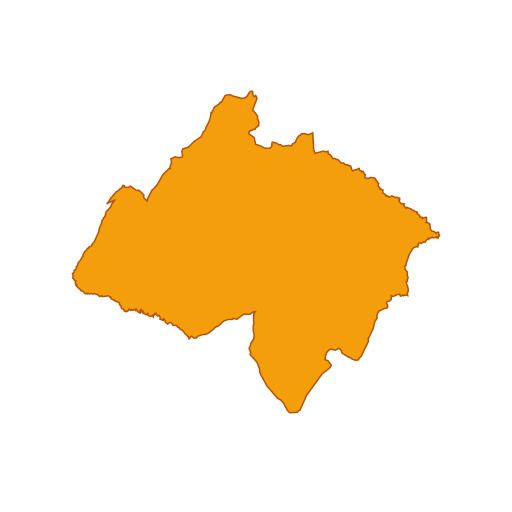 the district of Mkushi, Central, Zambia, rotated 338°
{"feature_id": "96606910B76461295717926", "entity_name": "Mkushi", "entity_type": "district", "adm_level": 2, "iso_a3": "ZMB", "parent_name": "Zambia", "parent_adm1": "Central", "projection": "mercator", "projection_center": [29.248, -13.765], "detail": "fine", "context": "isolated", "style": "filled", "palette": "amber", "viewbox_px": 512, "rotation_deg": 338, "n_neighbors": 0, "source": "geoboundaries", "source_scale": "gbopen_adm2", "svg_char_len": 6124}
<svg xmlns="http://www.w3.org/2000/svg" viewBox="0 0 512 512"><g transform="rotate(338 256 256)"><path d="M162.3,308.1L166.1,306.1L167.7,308.8L169.8,309.7L171.6,308.6L176.6,308.8L180.0,309.7L182.3,309.8L188.2,308.3L191.5,306.9L195.2,306.7L201.8,304.2L206.3,304.4L210.5,306.0L211.7,305.4L214.6,307.5L222.8,305.3L228.6,307.7L232.9,306.8L234.6,307.3L232.2,308.9L229.3,315.7L229.2,317.0L227.1,320.2L225.4,324.5L224.8,328.4L223.8,330.3L222.6,332.1L218.3,335.2L216.6,337.8L215.3,338.7L214.9,339.5L215.0,343.2L213.6,345.2L217.2,355.1L216.9,362.4L215.8,365.6L217.4,380.4L222.7,396.1L225.3,399.3L226.5,403.4L227.3,411.2L228.6,414.0L235.8,416.4L237.5,415.4L239.0,415.5L250.5,404.3L273.1,390.1L282.7,387.3L284.9,385.5L283.5,380.0L281.1,377.9L283.3,374.3L285.1,372.2L288.4,370.5L290.5,370.4L294.2,373.0L296.2,373.0L297.7,372.4L299.3,374.0L299.7,376.3L299.3,377.7L299.8,378.8L304.1,384.7L305.8,385.9L306.1,387.1L307.9,388.9L309.9,390.2L312.3,390.7L313.3,389.3L315.8,388.5L328.2,377.4L329.1,374.8L337.4,367.2L341.5,361.5L344.9,359.1L346.0,356.2L349.0,353.2L355.2,352.8L357.3,353.3L358.9,352.8L359.7,350.4L359.2,348.8L360.2,347.4L362.6,347.8L365.0,347.1L366.5,343.4L367.8,344.9L372.7,344.8L374.6,345.2L375.0,345.4L374.7,346.9L375.2,347.5L377.5,347.2L377.7,348.1L379.7,348.0L381.9,349.6L382.3,347.3L383.2,346.2L383.8,346.0L385.0,342.8L385.3,336.5L387.0,336.2L387.3,334.4L388.6,333.7L388.8,333.1L389.3,329.5L390.3,327.4L389.3,324.6L390.0,321.2L391.5,321.1L392.6,319.1L398.4,312.2L402.9,308.7L404.7,307.6L406.2,307.3L408.0,307.4L409.4,308.2L409.8,307.2L411.0,306.5L410.6,305.5L411.5,305.1L412.9,305.0L414.1,306.4L416.7,305.6L417.7,306.6L420.2,304.9L421.3,304.8L422.3,305.3L422.5,304.1L423.2,304.6L426.7,304.7L427.0,305.5L429.7,306.0L430.2,306.7L430.9,306.1L431.2,307.4L431.6,307.5L432.2,306.1L432.8,306.4L433.9,305.8L433.6,304.7L434.2,302.6L433.4,301.9L431.5,302.5L430.6,300.3L428.3,298.6L427.6,296.5L429.2,291.7L427.7,289.3L426.2,288.6L427.2,287.7L428.5,284.1L427.7,283.6L424.3,283.6L424.6,282.5L422.5,281.2L422.9,280.3L422.4,278.6L421.1,276.8L421.9,275.9L421.6,275.1L419.5,273.9L419.5,272.8L418.2,272.3L417.4,270.5L414.0,267.4L413.0,268.1L411.8,263.9L412.9,263.1L410.2,261.7L409.4,259.8L409.3,258.0L410.4,257.7L410.8,256.1L409.8,256.1L408.9,254.4L407.1,253.9L404.5,251.1L402.2,251.4L400.9,251.0L401.1,250.2L399.9,249.6L399.6,248.7L399.0,248.8L399.1,247.6L397.4,245.4L397.4,244.3L398.5,242.4L396.8,241.4L397.0,240.2L396.0,240.1L396.3,238.5L395.5,237.3L395.8,236.0L396.9,234.7L396.3,234.0L396.5,232.4L395.5,231.5L395.8,230.6L395.3,228.2L391.8,226.1L388.7,226.1L386.3,224.2L387.1,222.2L387.7,221.8L386.9,217.6L385.3,217.5L385.4,216.5L384.1,215.5L384.5,213.5L377.6,213.2L377.0,211.5L377.4,210.6L377.4,207.8L376.4,207.5L376.2,206.6L375.0,206.3L374.9,205.7L372.7,204.6L372.2,202.6L369.8,201.8L368.1,197.3L367.1,196.9L365.8,195.2L363.8,194.6L363.1,190.9L362.4,189.3L361.3,188.2L362.0,185.8L359.0,185.3L358.8,184.7L357.4,183.9L349.3,183.0L349.3,179.2L354.8,163.0L352.8,163.3L349.5,162.9L347.0,160.8L343.9,159.7L342.4,160.6L340.7,160.6L337.4,162.9L335.1,165.3L332.2,165.7L330.0,167.2L327.7,165.7L321.9,164.4L320.3,161.7L318.9,161.5L317.6,159.3L314.6,156.9L313.5,156.6L311.6,160.2L310.0,161.1L308.7,161.1L304.4,159.3L301.6,155.8L297.5,152.2L298.7,145.5L295.4,140.3L295.4,138.8L296.8,138.2L297.3,137.5L299.0,138.1L301.0,137.7L302.5,138.1L304.5,136.8L305.6,136.7L306.2,136.0L307.3,136.3L308.8,132.9L309.0,128.7L309.9,126.9L308.4,121.4L307.4,119.5L314.5,111.9L315.7,110.4L316.2,108.9L315.8,107.0L314.4,107.9L313.9,107.7L313.6,104.5L314.5,102.5L314.1,101.6L311.8,101.4L306.9,104.9L304.7,105.2L302.5,104.9L294.3,98.9L292.7,96.9L288.5,95.6L287.2,95.8L281.5,100.5L280.4,100.1L278.9,101.1L273.5,102.3L271.6,103.6L271.3,104.7L269.5,105.4L268.9,106.6L268.0,106.3L265.5,110.6L262.7,113.8L257.5,118.4L256.3,120.1L253.8,121.1L249.6,125.0L242.1,126.4L234.1,129.7L228.4,129.3L226.5,131.1L225.5,135.3L224.6,136.5L221.5,136.0L218.1,133.8L213.5,134.0L212.6,137.8L209.0,141.9L209.2,142.8L207.8,142.5L200.1,145.7L191.7,152.5L187.8,154.7L183.7,156.3L176.7,162.6L175.6,164.3L173.8,160.0L174.8,157.4L173.1,153.2L172.0,151.1L170.9,151.0L169.6,150.2L165.7,144.0L163.4,144.7L159.6,142.7L160.3,141.5L159.0,140.7L156.5,142.8L155.5,142.6L152.9,143.8L150.6,144.1L143.3,147.8L139.2,150.8L137.1,151.6L145.8,151.2L145.4,151.9L142.5,153.1L139.5,156.1L133.5,158.9L132.7,160.3L132.3,160.3L131.5,162.2L130.6,162.5L129.9,163.5L129.0,163.4L128.1,164.6L126.6,165.3L124.8,168.0L121.0,171.7L119.4,174.5L111.6,182.0L107.9,184.1L107.3,185.1L103.7,185.3L103.6,185.9L102.1,186.1L99.7,187.8L99.0,187.6L96.0,190.1L95.4,191.5L94.0,192.0L92.4,193.7L88.4,195.8L86.6,198.4L85.4,198.5L85.0,199.7L83.7,201.0L81.9,201.3L81.2,203.1L79.2,203.5L79.4,204.8L77.8,207.9L78.5,208.9L78.3,210.0L79.7,211.6L78.6,212.5L78.2,214.1L79.0,215.2L78.3,215.3L78.6,216.2L78.2,216.4L79.9,220.4L80.4,220.7L80.5,222.3L82.6,224.2L83.3,226.9L85.2,227.5L85.3,227.9L86.2,227.6L87.0,228.6L89.6,229.3L90.7,230.3L91.8,230.1L94.6,232.5L96.0,235.1L97.5,234.9L97.4,235.3L98.2,235.4L98.6,236.2L104.2,237.6L105.2,239.4L105.9,239.4L105.6,241.3L107.2,243.1L108.0,243.4L107.8,244.3L109.0,244.9L109.4,246.0L111.3,247.5L111.7,248.8L111.2,250.2L112.1,251.2L111.7,253.8L112.0,254.7L113.1,255.3L113.5,257.0L113.2,257.6L114.5,258.9L115.2,258.5L115.8,259.2L116.8,259.0L118.4,257.6L119.1,259.3L120.8,258.6L120.3,259.2L120.8,260.0L121.8,260.2L122.1,259.7L123.6,260.5L124.9,260.1L125.1,260.8L124.2,261.7L125.3,262.1L125.7,263.8L127.4,265.6L128.7,264.8L127.9,264.1L127.8,263.3L129.4,262.4L129.7,263.6L130.7,264.8L129.7,266.5L130.0,267.2L131.2,267.4L131.3,268.2L132.1,269.2L132.9,269.4L133.5,268.7L134.2,268.8L133.5,270.0L133.9,271.0L136.0,272.6L136.7,272.5L137.6,273.2L137.9,273.9L138.5,272.1L139.4,272.6L140.1,272.2L140.5,271.3L141.7,271.6L141.3,272.8L142.3,274.7L143.1,274.3L143.9,274.8L143.8,275.9L144.2,276.8L143.3,278.6L145.8,280.9L146.2,279.6L147.0,279.7L147.5,281.5L147.1,283.1L148.6,286.0L151.0,285.3L152.0,285.6L153.0,287.7L153.1,289.3L156.3,290.5L156.8,292.7L158.0,293.6L157.8,294.3L158.5,296.0L160.1,297.3L161.1,301.7L162.3,303.7L162.6,305.3L163.1,305.5L163.1,306.9L162.3,308.1Z" fill="#f59e0b" stroke="#b45309" stroke-width="1.5"/></g></svg>